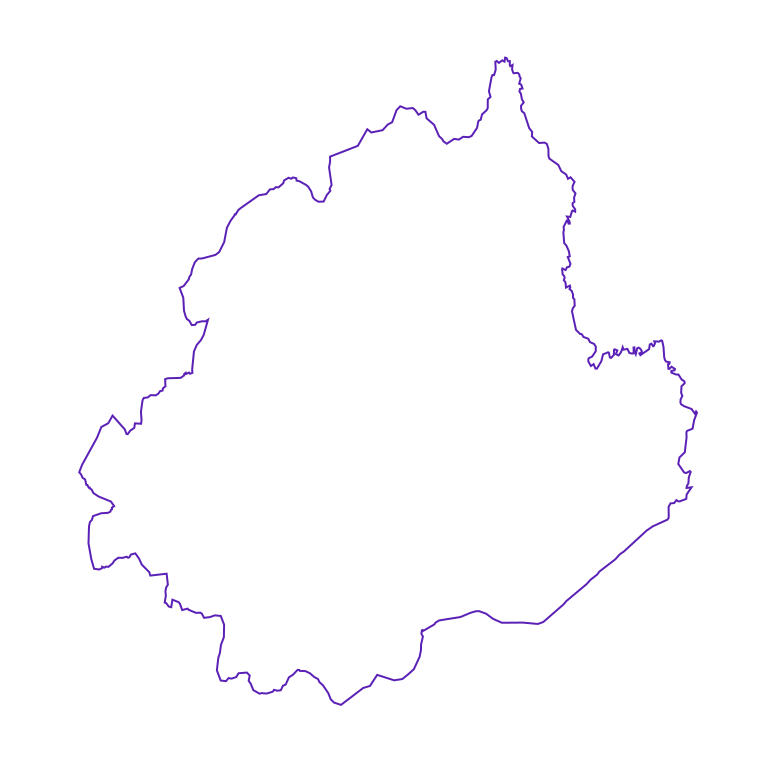 Ngoma, Eastern, Rwanda, rotated 176°
{"feature_id": "39286606B28964371534134", "entity_name": "Ngoma", "entity_type": "district", "adm_level": 2, "iso_a3": "RWA", "parent_name": "Rwanda", "parent_adm1": "Eastern", "projection": "equal_earth", "projection_center": [30.488, -2.198], "detail": "fine", "context": "isolated", "style": "outline", "palette": "violet", "viewbox_px": 768, "rotation_deg": 176, "n_neighbors": 0, "source": "geoboundaries", "source_scale": "gbopen_adm2", "svg_char_len": 6088}
<svg xmlns="http://www.w3.org/2000/svg" viewBox="0 0 768 768"><g transform="rotate(176 384 384)"><path d="M90.5,248.3L89.8,252.7L84.4,259.5L89.4,259.2L89.1,260.9L87.2,263.9L86.5,269.5L84.2,274.9L85.0,275.8L88.7,274.1L90.8,274.8L96.0,283.7L94.4,290.1L88.7,294.9L85.9,309.6L85.7,314.8L84.9,316.1L79.3,317.9L77.2,326.1L73.8,333.6L74.6,334.9L76.0,332.8L78.9,337.6L86.1,340.9L89.0,343.0L89.6,344.8L89.2,347.9L87.2,351.3L88.2,354.5L87.4,361.0L84.0,363.8L84.2,365.8L86.8,367.7L89.6,372.9L92.0,373.1L96.5,375.3L96.4,377.0L93.2,377.4L92.7,378.7L96.0,381.2L98.2,379.2L99.2,379.3L99.3,383.9L97.9,384.2L97.5,385.7L101.2,386.8L102.1,388.6L102.6,391.1L102.6,401.5L103.5,407.7L104.4,408.2L106.7,407.1L111.4,407.7L110.8,405.8L112.2,403.1L112.9,402.9L114.4,405.6L116.1,404.9L117.1,400.3L126.2,394.9L127.1,396.7L124.7,397.6L124.5,398.7L126.0,401.5L127.4,402.5L128.9,402.0L130.8,395.9L131.6,397.7L131.7,403.1L132.5,403.0L132.7,398.8L133.4,397.1L134.3,397.0L137.0,397.8L138.7,402.0L142.7,401.6L143.3,404.0L145.3,399.3L148.0,396.1L150.6,397.7L148.9,401.2L151.4,402.5L152.1,402.2L152.7,396.9L155.6,394.2L156.8,394.7L157.5,399.6L158.2,400.0L163.4,398.3L165.6,391.6L170.5,384.5L172.0,384.6L173.5,389.2L176.3,387.5L177.0,388.9L178.6,392.3L178.5,394.2L177.9,395.4L174.4,396.9L170.5,401.9L170.1,406.4L171.6,409.3L175.6,411.4L177.1,414.9L181.7,417.0L183.3,419.9L184.9,420.3L188.7,424.6L191.4,443.4L190.3,446.5L188.3,448.7L188.2,455.1L189.4,456.7L189.2,460.1L190.2,463.7L192.3,465.8L191.4,467.5L191.7,469.2L195.7,467.5L195.9,472.9L197.4,475.1L196.4,477.3L196.7,479.1L198.1,480.7L198.3,485.9L198.0,486.8L194.9,485.0L193.3,487.7L190.9,488.1L189.6,490.8L191.8,497.9L189.8,498.4L190.3,503.5L192.3,509.1L194.4,512.0L194.5,522.7L193.7,525.4L193.9,528.1L190.3,534.3L189.6,534.2L188.7,531.1L187.5,531.1L187.6,533.2L189.8,538.3L186.5,537.7L184.4,543.4L183.6,543.9L181.3,542.6L181.1,544.9L183.2,548.4L183.4,550.0L183.1,551.3L181.4,552.4L181.4,556.6L179.7,560.8L182.1,564.3L182.3,566.5L181.8,568.8L179.8,572.4L183.5,577.2L186.1,575.9L187.7,580.3L192.3,583.9L194.8,590.3L203.3,597.3L204.0,599.8L203.6,607.2L204.8,612.1L207.0,613.6L212.5,613.6L219.2,620.6L218.6,625.2L221.3,629.1L225.2,644.5L227.4,646.4L228.0,648.8L227.9,652.0L225.0,655.1L226.6,658.6L227.2,664.1L228.5,666.3L227.7,668.9L225.2,669.1L226.3,673.2L228.2,674.1L226.3,679.5L227.3,681.3L227.5,683.5L228.9,685.1L232.8,684.9L233.4,685.5L234.3,688.9L233.5,693.3L235.8,692.2L236.3,693.6L235.9,697.3L237.7,697.3L239.1,700.7L240.4,701.1L241.3,697.2L243.5,698.6L247.0,696.3L249.0,698.4L250.5,697.6L250.6,690.0L252.6,684.5L254.3,684.6L255.4,682.3L258.9,668.7L257.7,662.9L260.6,660.7L261.3,651.9L262.6,649.9L267.4,646.1L269.1,640.9L271.1,640.1L271.7,639.1L273.3,633.0L279.3,625.3L282.3,624.3L287.9,625.1L292.2,622.6L297.0,623.6L304.6,619.3L307.8,621.9L308.8,624.2L311.8,627.4L316.0,639.1L323.0,646.1L323.7,652.6L325.7,652.9L330.8,650.2L333.8,655.2L336.1,657.3L342.4,657.0L348.4,659.9L352.4,656.3L357.6,644.6L362.2,642.5L367.7,637.3L379.1,635.8L382.9,639.3L393.5,623.4L421.9,614.6L422.3,609.3L423.7,603.9L422.4,586.2L424.7,582.3L424.0,580.5L427.8,576.6L431.5,570.2L436.7,570.4L440.1,572.8L441.9,575.1L443.2,581.1L445.9,586.2L448.0,588.1L454.3,592.2L457.0,593.0L457.2,595.4L460.5,596.4L462.2,595.2L464.7,596.4L469.4,594.1L470.5,591.3L475.5,587.5L478.2,587.9L480.6,586.1L484.2,586.1L488.2,581.7L495.7,581.0L514.8,569.4L517.2,567.7L520.0,563.7L520.9,564.7L520.6,564.3L521.7,562.3L525.5,557.8L529.8,550.9L533.5,536.8L539.3,527.0L543.3,524.5L556.8,521.9L560.3,522.1L562.2,520.6L564.3,518.5L567.4,511.9L568.8,506.7L570.7,504.4L571.3,502.2L577.0,495.7L581.2,494.1L578.2,484.1L578.4,471.1L577.2,465.3L576.1,462.5L573.8,460.7L571.7,456.2L568.3,456.2L566.4,458.4L560.9,459.3L557.8,458.9L555.1,460.4L560.5,445.4L563.6,440.5L568.0,436.1L571.3,429.8L574.3,412.3L574.4,408.4L576.9,407.8L577.7,409.0L580.8,407.8L581.0,409.0L582.6,407.9L583.0,406.4L586.4,404.3L599.3,404.8L602.0,404.1L602.2,396.9L604.9,395.0L605.3,392.9L607.9,392.5L609.7,390.2L612.4,388.6L617.6,389.2L620.6,387.1L624.6,386.8L626.0,384.6L628.4,373.3L628.4,364.8L629.1,361.3L635.2,362.1L636.2,357.6L640.3,355.3L643.2,351.8L644.3,352.1L645.8,356.9L657.0,371.4L661.8,364.1L669.0,360.8L674.0,350.5L690.8,324.5L694.2,317.2L692.5,315.0L691.2,311.4L688.8,309.6L688.0,304.2L687.0,304.0L685.7,301.1L684.8,301.2L684.4,300.0L683.1,299.2L681.5,295.5L676.6,291.7L664.6,285.8L661.7,281.0L664.1,279.6L664.1,278.0L665.2,277.4L665.8,275.8L668.4,274.7L675.1,274.8L683.5,272.5L684.8,268.9L686.9,266.9L688.2,262.7L689.9,245.6L688.2,229.7L686.1,219.9L681.0,218.8L677.7,220.2L677.8,221.3L675.5,220.3L674.0,221.3L671.7,220.8L667.5,223.8L665.1,226.8L661.2,229.2L657.1,228.8L652.6,229.6L651.4,228.5L650.0,229.0L648.4,231.5L643.9,232.4L640.5,226.9L638.3,220.8L631.3,212.7L630.5,209.2L614.1,209.9L613.6,198.9L615.5,196.2L616.5,192.5L616.4,188.0L618.0,181.3L616.6,180.6L614.2,177.0L611.8,176.2L610.1,183.6L604.1,180.7L602.9,178.9L601.1,172.6L595.6,173.6L594.7,172.4L587.5,168.8L583.2,168.7L581.8,167.7L579.8,163.3L574.0,163.6L568.9,165.0L563.0,164.0L560.3,155.0L561.4,142.6L564.8,135.2L566.5,127.1L568.4,122.3L570.7,110.0L567.6,99.6L562.4,98.6L559.5,101.5L556.7,100.7L551.8,102.0L549.3,105.6L540.9,105.7L538.3,102.6L539.7,97.3L537.8,94.2L535.7,87.7L529.7,83.7L527.8,84.2L522.7,83.4L516.5,84.8L515.0,86.6L512.1,85.5L508.3,85.7L505.8,90.1L503.1,91.0L499.3,98.0L494.9,100.5L490.2,104.8L488.5,104.6L488.0,103.7L482.5,103.1L477.9,100.5L474.0,96.5L470.4,94.3L469.2,91.1L466.0,87.8L461.1,79.4L459.2,73.3L456.1,69.7L449.3,66.9L426.0,82.2L419.0,83.8L411.1,94.3L394.5,87.7L386.3,88.4L380.4,92.5L374.1,97.4L367.5,109.4L365.7,115.9L365.2,121.6L362.8,129.3L364.1,132.1L363.4,135.6L362.7,135.9L362.3,134.9L350.5,140.7L349.3,142.3L345.5,144.3L324.0,146.2L313.7,149.7L308.3,150.9L304.8,150.7L298.1,147.7L291.7,142.2L283.1,137.6L262.2,136.3L247.3,133.9L241.8,135.4L220.4,151.5L217.3,154.7L195.8,170.3L191.5,174.4L184.7,179.0L182.2,181.9L165.6,192.9L160.4,197.9L156.6,200.0L132.2,219.5L125.7,223.3L110.8,228.9L109.6,230.1L109.2,231.9L108.7,241.5L106.6,244.9L102.8,245.0L100.4,247.8L98.7,246.4L97.2,246.3L90.5,248.3Z" fill="none" stroke="#5b21b6" stroke-width="2"/></g></svg>